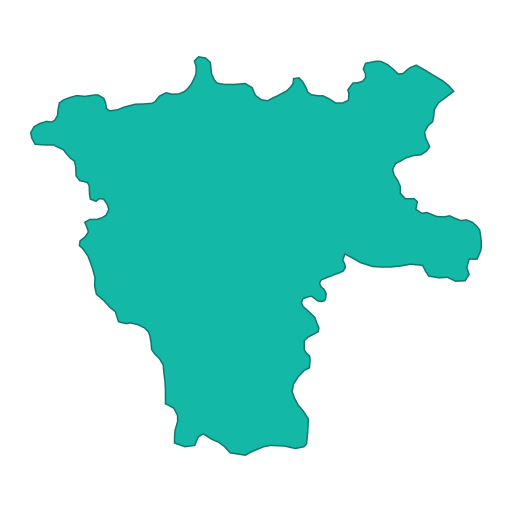 outline of Zel'va, Grodno, Belarus
{"feature_id": "67162791B91505134452571", "entity_name": "Zel'va", "entity_type": "district", "adm_level": 2, "iso_a3": "BLR", "parent_name": "Belarus", "parent_adm1": "Grodno", "projection": "mercator", "projection_center": [24.857, 53.119], "detail": "fine", "context": "isolated", "style": "filled", "palette": "teal", "viewbox_px": 512, "rotation_deg": 0, "n_neighbors": 0, "source": "geoboundaries", "source_scale": "gbopen_adm2", "svg_char_len": 3416}
<svg xmlns="http://www.w3.org/2000/svg" viewBox="0 0 512 512"><path d="M416.3,65.2L410.4,67.5L406.9,70.0L403.2,73.5L398.3,74.0L393.0,69.1L387.7,64.7L380.9,61.4L376.3,61.2L365.6,63.3L363.3,69.1L365.4,73.5L365.6,77.5L362.8,81.2L357.5,82.8L353.0,83.0L347.9,89.8L348.9,94.2L348.4,100.2L342.8,103.0L335.6,103.0L330.3,99.5L323.1,95.8L318.2,95.8L311.2,94.7L307.5,91.9L306.3,88.2L302.6,81.7L299.1,77.9L293.6,78.6L293.1,83.5L290.8,86.8L286.4,91.2L282.2,93.3L277.5,95.8L272.4,98.1L267.8,100.7L261.3,99.8L255.5,95.4L254.3,92.8L252.2,87.7L245.2,83.5L235.0,84.4L224.1,84.4L216.9,83.0L214.3,79.8L211.6,74.0L210.9,68.2L210.4,62.6L205.5,58.0L198.5,56.8L194.4,61.0L196.0,65.9L196.2,70.7L195.8,74.7L193.7,79.3L191.3,84.2L186.9,89.6L183.7,91.9L178.6,94.0L172.1,94.2L166.0,92.8L159.5,96.1L155.1,101.6L152.3,103.3L143.5,104.0L135.4,104.2L129.3,105.8L123.3,107.4L117.7,109.8L109.6,110.9L106.5,108.6L105.6,103.0L103.8,98.4L98.4,95.1L95.8,94.9L95.6,94.9L84.8,96.4L76.8,95.6L69.9,97.5L63.4,100.0L59.4,102.9L57.9,110.5L57.6,115.2L55.0,120.0L51.8,122.1L46.7,121.4L39.4,123.6L34.0,126.9L30.7,132.7L31.8,138.1L35.1,144.3L46.7,145.0L53.6,145.0L57.9,147.2L63.4,149.7L66.7,154.1L70.3,158.1L74.3,161.0L75.7,166.4L76.1,175.9L79.7,180.6L84.4,181.7L87.3,182.4L89.2,185.7L89.5,194.0L90.3,199.1L96.1,201.3L99.0,198.7L103.7,199.1L107.3,204.5L108.8,209.3L106.2,215.1L102.2,217.6L97.1,219.4L89.9,219.4L84.8,222.3L87.0,227.4L88.4,232.1L84.8,237.2L80.1,240.8L79.4,245.6L82.6,248.5L85.5,252.5L88.1,256.4L90.6,263.0L92.4,268.1L95.0,277.5L94.6,285.9L96.4,294.2L104.0,300.7L110.2,307.6L115.3,311.6L117.5,318.5L118.6,321.8L126.2,323.6L130.2,322.9L138.2,324.7L144.7,328.0L148.7,332.3L150.1,336.7L151.2,343.9L151.6,349.4L154.5,353.7L159.6,358.8L163.2,365.0L163.9,373.0L165.0,381.3L165.4,388.6L165.5,403.9L166.0,403.9L173.9,408.2L177.6,415.5L177.6,421.6L175.1,430.2L174.5,437.5L174.5,443.0L184.9,446.7L194.7,445.4L198.3,436.9L203.2,433.8L211.8,439.3L219.1,442.4L224.6,446.7L230.1,452.8L245.4,455.2L252.1,451.5L263.7,446.7L270.4,445.4L284.4,446.0L295.4,448.5L304.0,446.7L306.6,443.7L306.6,443.0L307.7,432.1L308.4,419.1L303.0,410.7L298.3,405.3L294.6,398.4L292.1,391.5L293.5,383.9L298.4,376.5L304.3,370.4L309.4,367.9L310.1,360.4L309.6,356.0L306.3,353.0L304.3,349.8L304.3,340.7L308.2,337.0L314.0,334.0L318.2,331.6L318.9,328.1L317.0,323.5L314.8,317.4L312.3,315.0L308.8,311.6L302.9,306.4L301.5,302.8L302.7,298.9L307.6,296.9L311.7,296.3L314.9,298.6L317.8,300.9L321.2,301.5L324.4,300.7L325.6,298.6L326.2,293.7L324.1,289.4L320.9,286.6L319.5,283.2L321.2,279.9L327.7,277.2L331.4,275.9L334.7,274.4L338.7,273.1L343.3,271.0L345.3,267.6L344.8,264.1L342.7,260.1L344.9,254.0L354.5,259.1L360.2,262.5L372.7,266.5L381.2,267.0L390.3,267.0L401.1,265.9L410.1,264.2L422.6,265.3L425.4,271.0L428.8,276.1L439.1,277.8L447.6,277.3L455.5,281.2L465.1,280.7L469.1,274.4L466.8,267.6L469.1,259.1L477.1,259.1L480.8,250.3L481.3,246.8L481.3,241.7L480.6,236.1L479.7,230.1L477.1,226.6L472.5,222.4L466.4,219.9L460.8,220.6L454.3,218.0L449.6,215.8L444.2,216.9L436.6,216.5L426.8,212.5L421.7,213.3L415.9,209.3L417.3,201.6L414.1,198.7L405.3,198.7L400.3,193.3L400.3,186.4L397.7,180.6L394.1,175.1L392.6,169.3L395.5,163.5L400.6,161.0L405.3,158.1L413.7,155.5L420.9,154.8L426.4,151.2L429.7,146.8L425.7,138.1L424.6,131.9L428.2,125.4L432.6,121.8L433.7,116.0L434.4,109.4L438.4,102.9L444.2,98.5L453.7,91.4L448.9,85.8L442.7,80.8L434.0,75.7L423.9,69.5L416.3,65.2Z" fill="#14b8a6" stroke="#0f766e" stroke-width="1.5"/></svg>